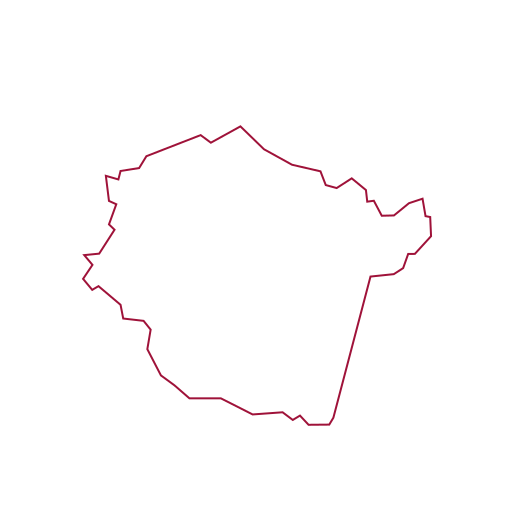 Ritchie, West Virginia, United States of America (Natural Earth projection), rotated 41°
{"feature_id": "52423323B94765650307580", "entity_name": "Ritchie", "entity_type": "district", "adm_level": 2, "iso_a3": "USA", "parent_name": "United States of America", "parent_adm1": "West Virginia", "projection": "natural_earth1", "projection_center": [-81.069, 39.199], "detail": "fine", "context": "isolated", "style": "outline", "palette": "rose", "viewbox_px": 512, "rotation_deg": 41, "n_neighbors": 0, "source": "geoboundaries", "source_scale": "gbopen_adm2", "svg_char_len": 835}
<svg xmlns="http://www.w3.org/2000/svg" viewBox="0 0 512 512"><g transform="rotate(41 256 256)"><path d="M420.5,327.3L355.9,196.4L371.9,179.3L375.0,168.6L369.5,154.6L374.5,150.2L375.1,126.2L361.9,112.3L357.8,114.7L344.1,103.5L336.8,115.8L333.5,134.9L324.5,143.1L308.7,137.0L304.3,142.0L295.7,134.1L277.3,134.6L272.3,151.8L262.1,156.7L249.1,149.8L223.3,163.5L192.0,170.2L159.2,168.4L147.6,200.1L134.9,201.1L107.8,252.6L110.1,266.3L98.0,280.7L101.9,288.5L90.1,294.0L108.9,310.9L116.6,308.6L124.3,328.6L132.0,329.0L136.1,357.1L125.8,368.0L138.4,370.0L140.5,386.7L154.6,389.0L156.9,382.1L185.8,381.7L196.8,390.3L213.7,378.7L224.8,380.7L235.1,397.6L262.6,408.5L279.3,407.1L299.1,407.1L322.8,386.5L357.4,377.8L378.6,356.5L391.3,355.6L393.9,347.6L406.4,348.9L421.9,335.2L420.5,327.3Z" fill="none" stroke="#9f1239" stroke-width="2"/></g></svg>